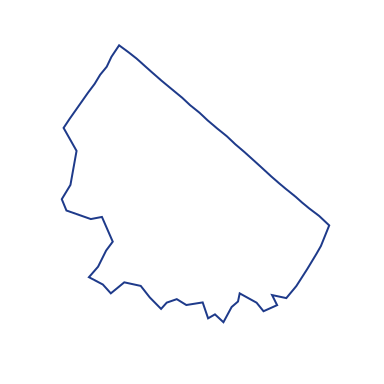 outline of Xangri-lá, Rio Grande do Sul, Brazil, rotated 286°
{"feature_id": "56859067B41490189665798", "entity_name": "Xangri-lá", "entity_type": "district", "adm_level": 2, "iso_a3": "BRA", "parent_name": "Brazil", "parent_adm1": "Rio Grande do Sul", "projection": "albers", "projection_center": [-50.07, -29.81], "detail": "fine", "context": "isolated", "style": "outline", "palette": "blue", "viewbox_px": 384, "rotation_deg": 286, "n_neighbors": 0, "source": "geoboundaries", "source_scale": "gbopen_adm2", "svg_char_len": 938}
<svg xmlns="http://www.w3.org/2000/svg" viewBox="0 0 384 384"><g transform="rotate(286 192 192)"><path d="M218.2,50.9L199.7,69.7L165.3,73.2L149.2,68.8L139.6,76.4L138.1,102.2L143.2,112.3L122.4,129.5L112.1,125.6L94.3,122.3L81.7,116.4L78.5,131.8L72.2,141.9L86.5,151.8L87.6,168.6L79.0,180.5L71.1,194.5L78.7,198.2L84.8,206.9L81.8,217.7L88.8,232.7L75.0,242.3L80.7,247.8L75.5,258.1L92.4,261.8L99.4,266.4L107.7,265.8L103.4,284.6L97.1,293.6L106.7,305.0L115.0,297.4L116.0,311.9L130.3,318.2L150.0,324.1L167.0,328.7L175.6,330.8L197.7,333.1L204.0,320.9L208.6,309.0L212.3,300.5L215.9,293.1L220.9,281.2L224.5,273.1L228.9,263.7L235.8,249.9L244.9,231.3L249.8,220.5L255.2,210.1L260.0,198.7L265.2,187.2L270.3,177.3L274.9,166.3L279.8,156.8L286.1,142.3L290.7,131.8L296.2,120.1L300.2,111.8L305.0,101.9L309.0,92.0L312.9,81.5L299.8,77.3L288.9,75.5L279.4,71.4L269.1,68.6L258.9,64.7L228.9,54.3L218.2,50.9Z" fill="none" stroke="#1e3a8a" stroke-width="2"/></g></svg>